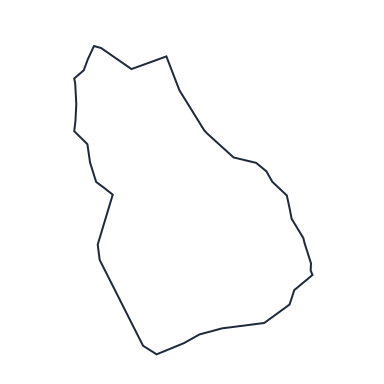 the district of Santiago Nejapilla, Oaxaca, Mexico, rotated 353°
{"feature_id": "50627088B17376037616195", "entity_name": "Santiago Nejapilla", "entity_type": "district", "adm_level": 2, "iso_a3": "MEX", "parent_name": "Mexico", "parent_adm1": "Oaxaca", "projection": "albers", "projection_center": [-97.386, 17.432], "detail": "fine", "context": "isolated", "style": "outline", "palette": "slate", "viewbox_px": 384, "rotation_deg": 353, "n_neighbors": 0, "source": "geoboundaries", "source_scale": "gbopen_adm2", "svg_char_len": 649}
<svg xmlns="http://www.w3.org/2000/svg" viewBox="0 0 384 384"><g transform="rotate(353 192 192)"><path d="M287.6,230.7L286.8,219.2L285.7,207.0L272.9,191.6L268.4,180.6L259.2,170.9L237.5,162.8L214.1,135.7L211.7,132.4L191.9,89.5L183.1,54.3L146.9,62.6L119.3,38.0L112.5,35.2L104.8,47.5L99.4,58.0L88.9,65.0L89.3,69.9L87.9,90.5L85.0,107.2L82.5,117.3L94.0,131.8L94.4,150.3L98.1,170.4L105.6,177.5L113.0,185.0L92.0,232.7L92.1,248.2L124.7,338.7L137.1,348.8L165.6,341.0L182.0,334.3L205.2,331.0L247.7,330.8L275.1,315.6L281.6,301.8L301.5,289.0L300.2,284.5L301.4,277.3L297.5,256.5L296.9,251.3L287.6,230.7Z" fill="none" stroke="#1e293b" stroke-width="2"/></g></svg>